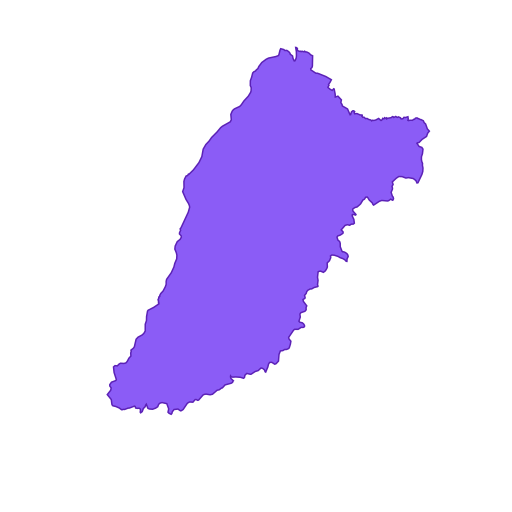 Buntharik, Ubon Ratchathani, Thailand (Robinson projection), rotated 31°
{"feature_id": "78962969B96035855988054", "entity_name": "Buntharik", "entity_type": "district", "adm_level": 2, "iso_a3": "THA", "parent_name": "Thailand", "parent_adm1": "Ubon Ratchathani", "projection": "robinson", "projection_center": [105.406, 14.671], "detail": "fine", "context": "isolated", "style": "filled", "palette": "violet", "viewbox_px": 512, "rotation_deg": 31, "n_neighbors": 0, "source": "geoboundaries", "source_scale": "gbopen_adm2", "svg_char_len": 6016}
<svg xmlns="http://www.w3.org/2000/svg" viewBox="0 0 512 512"><g transform="rotate(31 256 256)"><path d="M340.3,59.7L337.4,58.8L333.4,55.5L331.5,55.1L329.8,53.9L327.1,54.1L326.7,54.4L324.6,54.5L324.2,54.8L323.3,54.6L322.1,55.2L321.6,56.0L321.5,57.2L320.8,57.6L320.2,59.1L317.8,60.5L317.2,61.3L316.4,61.5L315.9,60.1L314.5,58.4L312.7,60.4L311.4,60.9L311.2,62.6L310.2,63.5L309.4,63.7L308.7,63.1L306.4,63.4L305.7,64.5L303.9,64.4L302.8,66.3L301.9,66.0L301.2,66.2L300.6,67.8L297.4,70.6L296.8,70.3L296.6,70.7L297.0,71.2L295.0,71.2L295.0,72.6L293.7,72.8L293.9,73.9L293.6,75.2L293.2,75.5L290.3,74.9L288.5,77.9L287.1,79.2L286.0,79.6L285.6,80.6L284.3,80.3L282.4,80.9L280.4,80.9L279.1,81.8L277.0,81.4L276.2,82.1L274.8,81.7L274.7,80.8L274.4,80.5L272.4,81.5L269.2,81.9L267.3,83.3L266.3,82.5L266.2,81.4L265.0,81.2L264.2,81.7L263.6,83.3L264.3,86.1L263.9,86.5L258.7,82.8L252.7,82.9L251.7,81.8L249.7,80.8L248.8,78.2L243.9,76.8L242.1,78.9L240.5,76.5L237.0,72.6L236.5,72.6L236.0,74.8L233.8,74.9L230.9,74.5L230.6,73.7L230.7,72.2L229.8,71.6L230.0,68.8L229.8,66.1L223.4,66.2L215.9,67.4L214.2,67.8L213.3,68.5L207.2,68.2L206.4,67.2L206.9,65.7L206.5,64.1L201.4,55.2L199.4,55.4L196.8,54.8L194.4,55.0L193.0,55.7L192.3,55.4L192.2,55.9L191.4,56.5L190.4,56.6L189.8,57.3L189.0,57.3L188.8,57.8L186.5,58.5L185.3,58.1L184.6,56.8L183.4,56.5L182.6,56.8L185.3,60.0L187.7,63.8L188.5,65.7L188.9,68.5L188.3,69.1L186.1,67.7L184.3,65.7L181.4,65.4L180.8,64.7L178.8,64.0L176.5,63.9L174.9,65.0L173.5,64.7L170.4,65.6L170.6,67.3L172.0,71.8L171.9,72.8L170.2,74.9L164.8,79.9L163.4,82.1L161.3,87.2L160.8,92.1L161.1,94.4L160.4,96.3L160.3,97.7L159.3,99.1L158.9,100.8L160.2,105.1L160.9,108.7L163.3,112.8L165.2,114.2L166.7,116.9L167.1,118.4L167.1,123.0L165.8,129.2L165.5,134.1L165.0,136.2L162.0,140.6L161.3,142.1L161.0,144.1L161.5,147.6L164.7,152.0L164.8,154.3L160.4,162.0L159.6,164.2L158.7,170.0L156.9,177.3L156.6,181.7L155.6,186.3L155.7,191.6L158.4,198.7L159.0,205.3L158.0,214.5L156.6,219.9L156.4,220.5L155.9,220.6L155.9,222.3L154.9,223.4L155.1,226.7L155.8,229.2L159.1,234.5L160.0,238.6L166.8,243.5L171.2,245.8L172.9,247.1L174.0,248.3L175.4,253.4L177.2,270.5L177.0,271.8L178.2,272.9L178.4,275.2L179.0,276.5L181.4,277.2L182.3,278.3L182.4,280.8L181.1,284.2L181.6,289.1L182.9,291.9L186.1,294.3L187.8,296.1L189.5,299.3L190.2,304.2L191.3,307.7L192.0,314.0L191.4,322.0L192.0,323.9L193.6,326.6L194.1,329.0L194.4,333.9L193.7,337.1L193.8,339.3L194.3,340.2L193.8,341.3L194.3,342.0L194.6,344.1L195.6,344.6L195.7,345.1L196.5,345.7L196.5,346.4L197.1,346.6L197.4,347.1L194.8,352.7L191.5,358.0L191.4,359.1L193.4,364.3L195.4,367.8L196.2,371.5L199.7,377.4L199.7,380.2L199.0,382.5L196.7,386.3L196.1,389.1L198.5,396.5L198.4,398.2L197.3,401.1L198.1,401.9L198.6,403.7L200.3,406.2L199.7,409.0L199.9,412.8L199.5,414.8L198.0,416.2L195.1,417.7L194.3,419.1L193.7,421.6L191.6,422.6L191.0,424.5L194.4,429.0L199.9,433.8L200.0,434.7L199.5,435.6L197.1,438.6L196.9,441.5L197.6,442.7L199.8,443.7L200.6,445.9L199.9,451.4L205.9,453.6L208.9,457.4L209.7,457.9L210.5,458.1L213.3,457.2L217.2,456.7L219.9,457.0L220.6,456.6L221.1,455.9L222.4,455.2L224.6,452.4L225.9,451.4L229.1,447.3L229.9,447.2L231.1,448.3L232.8,447.7L234.2,446.7L235.1,446.6L236.2,447.3L237.2,449.5L237.9,449.8L238.6,448.0L238.0,444.7L238.6,442.5L238.2,440.4L238.3,439.5L241.7,442.2L243.3,442.1L246.3,440.6L248.3,438.1L249.4,435.8L249.0,433.7L249.1,432.6L249.6,431.4L251.0,430.0L255.6,428.5L259.9,432.0L261.0,435.2L262.4,435.6L264.8,435.4L265.0,434.3L264.5,432.7L264.8,429.8L267.9,427.4L271.0,427.6L271.7,427.0L272.6,425.1L273.0,417.7L273.6,416.4L274.3,415.3L277.2,413.8L277.8,410.4L278.7,409.8L280.2,409.8L281.0,409.1L282.2,402.4L282.9,401.3L284.3,400.1L288.1,398.6L289.9,396.9L291.8,391.1L293.4,389.6L294.5,386.9L295.1,386.4L295.9,382.4L300.3,377.8L301.0,376.4L300.7,375.6L300.9,374.6L297.6,373.9L296.4,372.8L296.0,371.9L297.1,372.3L298.5,371.8L300.9,370.1L305.1,368.0L308.3,367.2L308.7,366.1L307.9,363.9L308.6,361.4L312.0,360.3L312.7,359.8L314.8,355.4L316.9,353.1L318.0,349.4L319.7,348.9L322.0,349.3L323.4,350.5L324.1,350.5L323.3,345.0L322.4,342.2L322.5,340.2L324.3,339.0L327.8,339.1L328.7,337.9L329.4,334.5L326.4,328.5L325.8,324.8L327.7,323.3L328.7,321.4L330.3,320.4L331.6,318.6L331.8,317.6L330.9,313.9L329.8,311.1L326.8,310.0L325.9,308.9L326.4,300.3L326.8,299.0L329.9,297.1L331.5,293.9L333.1,293.0L333.7,292.3L333.9,291.5L333.3,290.5L331.8,289.7L330.1,289.4L327.6,290.2L326.4,289.8L325.4,285.5L323.7,283.4L323.5,282.6L323.7,281.4L326.4,278.2L326.7,276.3L325.4,274.3L325.2,272.6L320.0,270.5L318.7,269.1L319.7,267.2L319.6,266.5L317.9,264.7L318.3,262.2L317.8,260.4L318.1,258.6L319.4,256.4L320.7,255.5L322.1,253.0L324.6,250.5L324.7,249.9L323.5,248.9L321.7,244.9L319.7,242.6L317.4,237.6L318.0,236.6L319.2,235.7L322.2,235.3L323.1,233.0L323.1,230.2L322.8,228.6L320.6,225.3L321.4,222.2L320.9,218.9L319.8,217.6L320.5,216.1L322.7,215.0L326.6,214.1L329.0,214.1L331.8,213.5L334.1,213.5L336.0,214.1L336.7,213.8L335.5,211.5L335.3,209.0L334.3,207.9L332.9,207.2L331.0,207.0L329.2,207.2L327.9,207.8L327.1,207.5L323.5,204.7L321.6,201.7L320.2,200.5L317.9,200.1L315.7,198.1L315.7,196.8L317.5,194.6L318.8,191.9L318.7,191.2L318.1,190.4L315.6,189.7L316.6,183.9L318.2,182.1L320.5,181.4L321.2,179.7L323.0,178.5L323.4,177.2L321.0,174.2L318.1,172.3L317.3,171.3L317.7,170.4L320.3,169.6L320.3,168.9L316.1,167.6L315.1,166.7L314.8,165.7L315.9,163.4L317.4,161.9L318.4,158.9L318.8,157.4L318.8,153.0L319.7,151.4L319.7,149.2L320.9,148.2L321.6,148.3L324.2,149.7L328.3,150.6L329.7,151.6L330.6,151.8L333.6,145.5L335.2,143.6L340.4,141.1L341.2,140.3L342.2,137.9L344.3,137.9L344.6,137.5L344.4,136.1L343.3,134.9L342.0,134.4L339.0,131.8L338.6,128.7L338.1,127.6L336.7,126.2L336.7,124.1L334.7,122.3L336.2,117.0L337.5,114.3L340.4,112.7L344.3,112.0L346.3,110.3L350.9,108.6L354.2,109.0L356.4,110.5L357.1,109.8L356.2,100.6L355.4,97.6L353.8,94.6L352.0,92.6L351.0,90.8L349.5,89.7L348.1,88.1L346.7,85.7L346.0,82.6L344.1,78.4L342.2,77.5L339.4,78.1L335.9,76.5L336.0,75.9L337.3,74.8L338.3,70.5L340.6,65.7L339.9,62.3L340.3,59.7Z" fill="#8b5cf6" stroke="#5b21b6" stroke-width="1.5"/></g></svg>